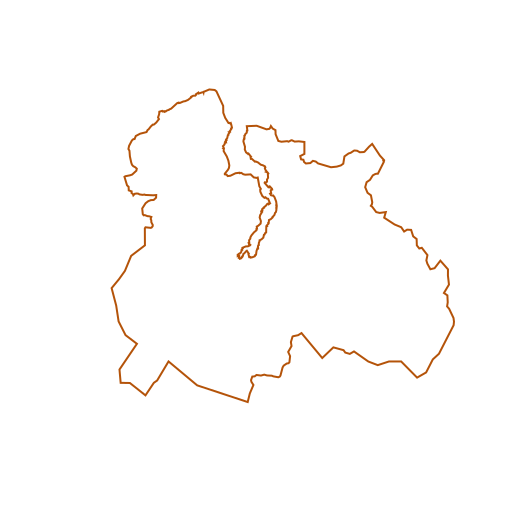 the district of Norddal nor, Møre og Romsdal, Norway, rotated 68°
{"feature_id": "86288312B15747524615282", "entity_name": "Norddal nor", "entity_type": "district", "adm_level": 2, "iso_a3": "NOR", "parent_name": "Norway", "parent_adm1": "Møre og Romsdal", "projection": "mercator", "projection_center": [7.286, 62.251], "detail": "fine", "context": "isolated", "style": "outline", "palette": "amber", "viewbox_px": 512, "rotation_deg": 68, "n_neighbors": 0, "source": "geoboundaries", "source_scale": "gbopen_adm2", "svg_char_len": 6088}
<svg xmlns="http://www.w3.org/2000/svg" viewBox="0 0 512 512"><g transform="rotate(68 256 256)"><path d="M388.3,318.4L381.1,313.2L374.6,306.7L370.9,307.4L369.2,307.1L366.4,304.6L367.1,302.3L366.5,300.1L368.7,296.2L369.1,292.8L370.9,290.5L372.9,286.2L374.1,285.0L376.8,280.7L376.7,279.1L376.0,278.1L369.3,273.1L368.0,271.4L367.2,267.8L367.6,266.0L367.0,264.8L361.6,261.9L357.0,262.1L352.8,256.8L348.9,255.9L344.4,252.3L344.3,251.6L345.2,246.6L344.5,242.7L375.4,232.8L369.7,218.5L376.1,210.1L379.0,209.4L381.9,205.7L381.2,200.9L395.9,191.4L402.8,184.0L403.6,172.3L408.2,160.9L429.1,152.2L427.7,141.9L418.1,130.8L415.2,123.0L394.2,98.7L391.0,97.0L387.5,96.1L377.3,96.7L374.3,97.7L370.8,95.6L364.2,93.3L360.7,95.6L354.8,87.8L346.1,85.4L340.3,83.0L329.4,86.8L334.2,95.0L333.6,99.3L327.3,100.0L323.9,99.7L319.4,96.7L310.5,99.2L310.2,101.8L306.4,102.9L300.4,100.7L296.7,102.9L289.9,102.4L288.2,106.0L288.8,109.5L283.7,110.6L278.7,115.7L268.5,122.8L263.9,119.2L262.4,125.2L260.3,128.1L253.9,129.8L252.5,130.7L251.5,129.2L249.8,128.1L242.8,126.7L239.2,128.9L233.1,129.0L229.0,125.8L228.1,121.8L225.0,117.5L224.7,115.0L224.8,113.7L225.4,112.2L216.6,102.2L215.3,102.2L215.4,101.4L215.2,101.3L209.3,103.5L195.6,106.3L197.0,110.2L200.0,116.4L199.9,117.4L198.7,120.9L196.3,122.8L195.1,125.1L195.0,125.6L195.8,129.6L195.6,131.7L196.8,136.7L203.1,140.5L203.8,143.4L203.4,147.6L201.8,153.2L193.4,163.8L190.8,165.2L189.1,167.6L190.2,170.8L188.9,175.1L186.9,176.2L184.5,176.0L183.3,178.0L179.9,177.6L179.5,172.9L168.4,168.4L165.7,173.4L164.4,177.3L162.1,179.4L161.9,179.9L162.2,183.0L161.2,184.1L159.6,189.6L157.7,192.2L150.4,192.2L146.6,190.8L144.1,192.8L141.1,193.5L142.5,194.9L143.1,196.0L142.5,198.8L135.5,206.6L132.2,215.9L136.4,217.0L136.4,217.5L138.2,218.4L139.0,220.3L140.1,221.2L140.1,221.7L142.5,222.6L142.5,223.0L143.2,223.0L143.7,224.0L145.2,224.8L150.6,225.3L153.1,226.5L156.2,226.4L157.6,225.6L157.8,225.0L158.5,225.0L158.5,224.5L161.8,223.5L161.8,223.9L164.0,224.4L164.3,223.5L168.2,221.6L168.2,220.9L170.0,219.1L173.1,217.4L174.5,215.6L176.3,214.1L177.3,214.1L177.8,214.9L179.5,215.0L182.1,214.3L182.1,214.8L183.0,213.9L184.2,213.7L184.4,214.3L188.0,215.5L189.3,217.2L191.2,217.9L191.5,219.3L191.0,220.2L191.4,220.6L197.0,218.7L197.3,218.1L196.5,217.9L196.5,217.2L199.6,216.0L200.5,216.1L200.5,217.6L200.8,217.9L203.5,218.4L203.5,219.6L205.2,219.4L206.2,218.1L206.3,217.4L208.4,216.8L213.0,216.9L217.0,217.9L216.8,218.3L219.0,218.8L219.0,219.2L220.9,219.8L222.7,221.1L223.2,222.2L224.9,223.6L226.1,226.2L226.5,226.2L227.4,228.6L227.5,230.5L230.0,231.8L230.0,232.3L230.7,232.3L231.8,234.7L232.5,234.6L232.5,235.4L238.0,237.8L238.2,239.0L239.3,240.0L239.3,240.7L241.7,242.3L242.6,244.6L242.8,246.8L243.2,246.8L245.0,248.5L246.9,249.3L246.9,249.8L247.6,250.5L249.5,251.1L249.5,251.6L250.0,251.6L250.0,252.3L251.5,253.6L254.8,255.5L255.0,256.0L254.9,256.7L255.8,257.2L255.8,260.0L255.5,261.5L255.0,261.5L255.0,262.0L254.3,262.2L254.3,262.7L251.3,262.3L251.1,261.8L247.7,262.5L247.9,263.4L249.1,265.8L249.4,267.0L251.0,268.1L251.2,269.0L251.7,269.0L252.1,269.7L252.6,270.9L252.5,272.1L251.1,272.1L251.0,271.7L251.5,271.6L251.0,271.7L251.0,272.4L250.1,271.9L250.2,272.3L249.9,272.4L249.9,271.7L249.6,271.7L249.4,272.4L248.9,272.4L249.0,272.9L248.0,272.5L248.1,272.0L247.6,271.3L247.3,269.1L246.5,268.0L245.2,267.3L245.2,266.6L244.5,266.6L244.0,265.4L243.3,265.4L243.3,261.9L244.0,259.9L243.9,257.6L243.6,257.1L242.6,257.6L242.6,258.1L241.0,257.9L241.0,257.2L238.8,256.5L237.8,254.8L236.6,254.2L235.2,252.5L233.3,249.0L232.3,245.9L231.1,245.5L231.1,244.8L229.0,244.3L228.8,242.7L227.7,239.6L225.5,238.4L221.7,238.2L219.7,236.9L218.0,234.6L217.3,234.6L217.3,234.1L216.8,234.2L216.8,233.7L216.1,233.7L216.1,233.0L214.9,232.8L214.3,230.6L213.9,230.7L213.0,227.8L212.0,226.2L211.9,225.5L212.3,224.7L212.8,224.7L212.5,223.5L212.0,223.8L212.0,223.3L207.5,223.3L206.6,224.6L205.1,225.2L205.2,226.4L202.6,227.7L198.1,227.9L196.1,227.3L195.6,226.4L192.6,226.8L183.9,225.0L183.8,226.2L182.3,228.6L178.3,230.4L176.6,235.5L175.4,237.2L173.5,238.4L173.1,240.1L172.6,240.1L171.6,244.0L172.0,249.7L171.3,252.3L169.6,252.8L168.6,254.3L168.0,254.1L165.5,249.6L164.2,248.1L162.0,246.8L157.3,245.9L152.8,245.8L146.6,246.7L144.4,245.6L144.0,245.9L143.9,245.4L141.8,245.5L140.8,243.4L139.6,242.7L139.6,242.0L138.8,241.8L139.1,241.3L138.4,241.3L138.3,240.8L137.6,240.6L137.6,240.1L137.1,240.1L137.1,239.7L136.4,239.5L135.9,238.5L133.5,236.9L133.4,236.2L132.7,236.0L131.5,234.1L131.0,234.4L131.0,233.6L130.5,233.7L129.0,231.3L128.5,231.3L128.6,230.9L128.0,230.2L124.7,229.7L123.3,229.6L123.5,230.3L122.6,230.8L122.4,231.7L116.4,232.8L111.0,232.7L104.5,230.2L88.5,231.0L86.6,232.1L84.1,236.9L84.2,243.1L84.7,243.4L84.2,243.4L84.3,244.1L84.1,244.6L83.9,248.2L82.9,248.2L83.5,251.0L84.0,251.0L84.6,252.2L83.9,254.1L84.0,256.0L84.1,256.5L84.6,256.5L85.8,260.5L85.9,263.6L85.5,265.5L85.6,269.1L85.3,270.3L84.8,270.3L84.7,271.7L87.6,279.5L87.6,281.4L87.9,282.1L87.7,283.8L88.0,285.2L87.6,286.2L88.1,286.1L88.1,286.6L87.7,286.6L87.2,288.3L86.3,288.6L86.0,291.6L88.3,292.7L90.8,294.9L92.7,294.7L94.9,298.5L95.8,301.1L95.9,301.7L95.5,302.5L96.5,305.0L98.4,308.3L98.5,309.2L100.1,311.1L99.2,317.6L99.7,322.5L102.1,324.8L101.7,325.9L102.4,327.8L106.3,332.4L109.0,334.2L111.0,333.9L116.4,335.6L122.7,336.7L124.9,336.8L126.7,336.2L128.5,334.7L130.4,333.8L132.1,335.0L134.1,340.3L134.0,342.5L133.1,347.3L133.3,348.3L142.2,349.1L144.1,348.2L147.5,349.4L149.5,347.1L150.9,347.8L152.5,346.9L153.8,347.0L152.9,345.1L153.4,343.1L154.2,341.7L155.2,341.0L156.8,338.3L157.3,336.3L157.9,335.8L161.2,328.6L162.1,325.7L164.5,326.8L165.7,329.9L164.8,332.6L164.8,335.4L165.7,338.6L169.3,343.7L174.8,345.3L176.2,344.9L176.4,343.8L178.4,341.7L179.1,340.3L180.6,338.4L182.2,339.8L183.6,339.7L185.5,340.4L188.6,340.1L189.7,340.7L190.5,342.1L190.5,343.0L188.0,347.7L188.7,348.7L204.5,355.0L209.1,371.7L220.7,383.1L226.1,391.6L231.7,401.9L249.6,404.2L265.2,407.9L280.5,406.6L292.8,399.3L310.1,425.1L322.9,429.0L326.5,420.5L343.8,410.7L335.3,398.2L334.4,394.3L321.0,376.6L353.9,359.0L388.3,318.4Z" fill="none" stroke="#b45309" stroke-width="2"/></g></svg>